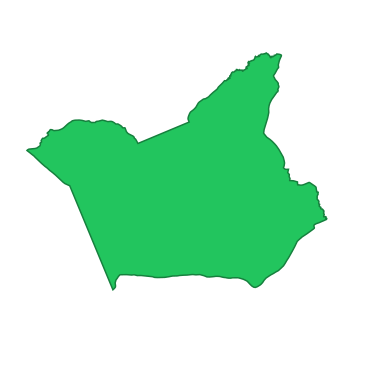 outline of Sesan, Stœng Trêng, Cambodia, rotated 247°
{"feature_id": "14789045B73389269548404", "entity_name": "Sesan", "entity_type": "district", "adm_level": 2, "iso_a3": "KHM", "parent_name": "Cambodia", "parent_adm1": "Stœng Trêng", "projection": "equal_earth", "projection_center": [106.435, 13.605], "detail": "fine", "context": "isolated", "style": "filled", "palette": "green", "viewbox_px": 384, "rotation_deg": 247, "n_neighbors": 0, "source": "geoboundaries", "source_scale": "gbopen_adm2", "svg_char_len": 6034}
<svg xmlns="http://www.w3.org/2000/svg" viewBox="0 0 384 384"><g transform="rotate(247 192 192)"><path d="M188.4,289.6L197.2,288.6L201.5,287.7L203.7,287.0L207.3,285.6L209.9,284.3L213.3,282.2L218.1,280.9L221.2,282.7L230.4,290.4L232.5,291.9L235.1,293.7L238.8,295.1L241.4,296.7L243.5,298.5L246.0,301.5L249.6,307.4L250.4,308.6L250.7,309.1L250.8,310.1L251.7,310.9L252.4,311.0L252.7,310.9L253.0,311.0L253.3,311.6L253.7,311.8L254.3,312.6L255.2,313.2L257.6,313.4L258.4,313.9L260.5,313.4L263.1,312.5L264.4,312.5L266.0,312.3L267.1,312.4L267.6,313.0L268.9,315.0L271.8,318.6L272.4,319.6L272.5,320.1L273.0,320.5L275.3,321.1L278.4,323.4L279.6,324.5L282.4,327.5L283.1,327.7L283.9,327.1L284.6,326.2L285.0,325.7L285.1,325.2L285.6,324.6L285.9,324.0L285.7,323.8L285.5,322.7L285.2,322.3L285.3,321.9L285.6,321.5L285.7,321.1L285.2,320.8L285.0,320.3L284.9,319.4L285.1,319.2L285.0,318.9L285.4,318.6L285.6,318.7L285.8,317.9L285.5,317.5L285.0,317.5L284.8,317.2L284.9,316.9L285.3,316.7L285.6,317.0L285.8,317.0L286.5,316.6L286.9,316.7L287.8,316.5L288.6,315.8L289.0,316.0L289.4,315.9L289.6,315.5L289.8,315.3L290.9,314.8L291.0,314.5L290.7,313.3L291.1,312.6L291.1,312.3L291.0,312.1L291.2,311.0L291.5,310.6L291.9,309.5L291.8,308.9L291.5,308.3L291.6,306.7L291.3,306.7L291.1,307.1L290.7,307.2L290.5,306.5L291.0,305.5L291.0,304.7L291.1,304.3L291.5,303.5L292.0,303.4L291.7,302.8L290.4,302.0L290.0,301.2L289.7,301.1L289.6,300.7L289.3,300.2L289.6,298.7L289.4,298.2L289.5,298.0L289.6,297.8L289.6,297.0L289.4,295.8L289.7,295.6L290.0,295.2L289.9,295.0L289.1,294.0L288.8,293.9L288.6,294.0L288.5,294.3L288.0,294.9L287.6,294.3L287.0,294.1L287.1,293.6L287.1,293.4L286.8,293.3L286.2,293.5L286.3,292.3L286.0,291.8L285.9,290.7L285.7,290.5L285.0,290.8L285.0,290.5L284.8,290.5L284.3,291.0L284.1,290.7L284.5,289.9L284.1,289.2L283.9,288.2L283.8,287.8L284.0,287.2L283.9,286.7L283.5,286.4L283.4,285.9L283.6,285.7L284.5,285.9L284.7,285.7L284.9,284.8L285.1,284.3L285.4,284.1L285.5,283.8L285.5,283.2L286.1,283.2L285.9,282.1L286.1,281.8L286.3,281.6L286.8,281.6L287.1,281.4L287.3,281.1L287.4,280.7L286.8,280.4L286.4,279.8L286.6,279.0L286.4,278.7L286.1,277.8L286.2,276.9L286.6,276.3L286.6,276.1L286.2,275.0L285.6,274.6L285.2,273.9L284.6,273.3L283.8,273.1L284.1,272.2L283.0,271.5L282.8,271.1L282.2,271.5L281.9,271.4L281.9,271.2L282.1,270.8L282.4,270.8L282.7,270.2L282.6,269.8L282.5,269.5L282.2,269.5L281.7,269.9L281.6,269.7L281.5,268.7L281.7,268.2L281.3,267.6L281.1,267.1L281.1,266.7L281.7,265.7L281.7,265.3L280.3,262.5L278.5,257.8L278.1,257.0L277.3,256.0L276.8,255.1L275.4,250.3L274.2,246.9L273.1,244.5L272.6,240.8L273.0,239.4L273.0,238.4L272.0,233.9L271.4,232.5L268.6,228.8L267.9,227.4L267.2,225.7L266.2,221.9L265.3,220.6L263.0,218.3L261.5,217.2L260.3,216.8L257.5,216.7L257.8,161.2L261.5,160.9L262.7,160.7L264.2,159.9L264.8,160.1L265.7,160.0L266.6,159.5L270.0,156.6L271.2,155.8L272.5,155.4L273.4,155.2L276.8,155.4L277.3,155.3L277.8,154.0L278.4,153.1L279.7,153.0L281.3,152.1L282.1,151.4L283.0,150.9L283.6,150.3L284.3,148.5L284.7,148.2L285.8,147.7L287.5,146.5L288.3,145.7L289.0,144.3L289.7,142.0L292.1,139.1L293.2,137.5L293.7,133.7L294.3,131.7L294.3,131.2L293.8,130.2L295.0,127.2L295.2,126.6L295.8,126.2L296.2,125.7L297.5,125.2L297.8,124.9L298.0,124.3L298.6,121.7L300.8,118.9L302.2,116.5L303.6,112.9L304.0,111.6L304.3,109.6L303.9,108.2L303.5,105.5L303.0,103.8L301.5,99.7L301.1,98.3L300.9,96.8L300.9,95.0L301.0,93.2L302.4,89.0L303.1,88.2L303.8,87.7L304.6,86.5L304.7,86.0L304.4,85.2L303.5,84.2L303.6,83.5L303.0,83.0L303.1,82.6L303.1,82.1L302.8,81.8L302.5,81.9L302.4,81.7L302.2,81.7L301.9,82.0L301.3,82.2L300.8,82.0L300.5,82.1L300.2,81.9L300.1,80.9L299.7,79.6L299.7,78.9L299.4,78.1L299.2,76.7L299.7,75.9L299.8,75.5L299.2,74.4L298.2,73.2L296.9,73.1L296.6,72.5L296.5,71.6L296.3,71.2L295.6,71.3L294.0,70.3L293.6,68.8L293.1,66.2L293.4,64.4L295.1,58.9L295.2,58.3L295.0,56.9L294.7,56.3L286.5,60.8L285.2,61.2L276.9,64.8L273.0,66.7L270.6,68.1L267.6,69.4L266.1,70.3L260.9,73.0L251.3,77.2L249.4,78.3L245.5,81.9L132.9,81.0L133.6,83.0L134.5,84.4L135.4,84.9L136.4,85.2L138.5,85.8L139.1,86.4L140.6,87.5L142.2,90.1L143.1,91.3L143.4,92.2L143.9,92.9L143.7,94.1L141.5,99.5L139.1,104.1L138.6,105.9L138.1,106.9L136.5,108.9L135.1,112.4L129.5,122.5L128.0,124.2L126.6,127.1L124.1,133.5L123.0,137.8L122.3,141.1L120.5,145.8L120.0,148.0L118.7,151.8L117.4,155.2L116.2,159.2L115.7,160.6L114.3,163.1L112.9,167.0L110.2,170.4L108.0,172.6L106.9,175.0L105.6,179.0L105.2,180.6L104.6,182.1L103.6,184.2L102.8,185.4L102.2,186.1L100.8,188.1L100.2,189.3L99.2,190.7L98.3,192.3L97.6,193.9L97.2,195.7L96.6,197.2L95.2,200.6L94.5,201.7L91.5,205.3L89.2,207.3L88.2,208.0L83.8,209.6L81.8,210.5L80.2,211.7L79.4,213.0L79.3,215.2L79.8,218.5L80.1,219.5L81.1,221.7L82.6,223.9L83.9,226.7L84.9,232.0L85.2,235.4L85.6,237.6L85.9,240.9L88.3,247.4L90.2,250.2L91.8,252.3L93.8,255.3L98.2,261.0L101.5,265.1L105.4,269.5L106.1,271.2L107.6,275.7L108.8,282.1L110.5,289.4L110.9,290.4L111.4,290.7L112.6,290.8L113.6,291.2L114.1,291.9L114.3,294.0L114.1,296.9L114.2,305.0L114.7,305.6L115.0,305.7L115.7,305.4L115.7,305.0L116.7,305.6L117.4,304.9L117.5,303.9L117.7,303.6L117.9,303.6L118.5,304.1L118.9,304.1L119.6,304.9L120.0,305.0L120.8,304.7L121.6,305.3L122.3,305.4L122.4,305.7L122.7,305.9L123.1,306.0L123.3,305.8L124.1,305.8L124.7,305.4L125.2,305.4L125.5,305.2L125.9,304.3L126.1,304.1L126.6,304.0L127.2,304.3L127.5,304.6L128.2,304.1L129.0,303.6L130.1,304.0L130.4,304.4L130.8,304.7L131.0,304.6L131.1,304.2L131.9,304.2L132.3,304.3L133.4,305.0L134.0,305.2L134.7,305.0L135.3,304.7L135.7,304.8L136.4,304.4L137.7,304.9L138.2,305.2L138.6,305.2L139.6,305.9L140.1,306.4L140.4,307.0L141.0,307.1L142.2,308.0L142.8,307.9L143.2,307.1L143.5,306.8L144.7,307.3L145.7,307.4L147.8,308.0L148.4,307.9L149.9,307.1L154.7,304.0L155.0,303.6L155.1,303.1L155.1,299.0L155.2,296.9L155.6,295.2L155.8,294.8L157.4,292.1L160.1,293.0L162.6,289.9L164.4,286.4L166.2,287.5L168.1,287.4L170.1,288.4L172.5,287.7L175.2,289.7L176.2,287.2L176.5,286.8L177.1,286.3L178.4,285.7L179.0,285.9L179.9,286.9L182.3,288.4L182.8,288.6L184.5,289.0L188.4,289.6Z" fill="#22c55e" stroke="#15803d" stroke-width="1.5"/></g></svg>